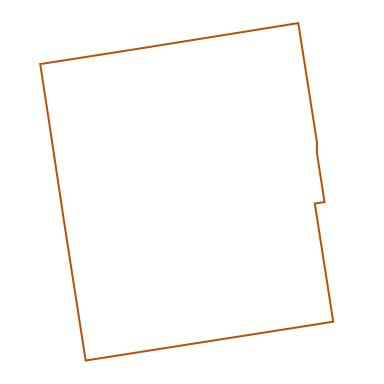 Chase, Kansas, United States of America, rotated 171°
{"feature_id": "52423323B84627623723437", "entity_name": "Chase", "entity_type": "district", "adm_level": 2, "iso_a3": "USA", "parent_name": "United States of America", "parent_adm1": "Kansas", "projection": "orthographic", "projection_center": [-96.608, 38.304], "detail": "fine", "context": "isolated", "style": "outline", "palette": "amber", "viewbox_px": 384, "rotation_deg": 171, "n_neighbors": 0, "source": "geoboundaries", "source_scale": "gbopen_adm2", "svg_char_len": 301}
<svg xmlns="http://www.w3.org/2000/svg" viewBox="0 0 384 384"><g transform="rotate(171 192 192)"><path d="M323.4,42.2L72.8,41.8L72.5,161.4L62.7,161.3L62.5,211.4L60.8,221.4L60.6,342.2L232.8,341.9L321.9,342.1L322.2,282.3L323.0,182.1L323.4,42.2Z" fill="none" stroke="#b45309" stroke-width="2"/></g></svg>